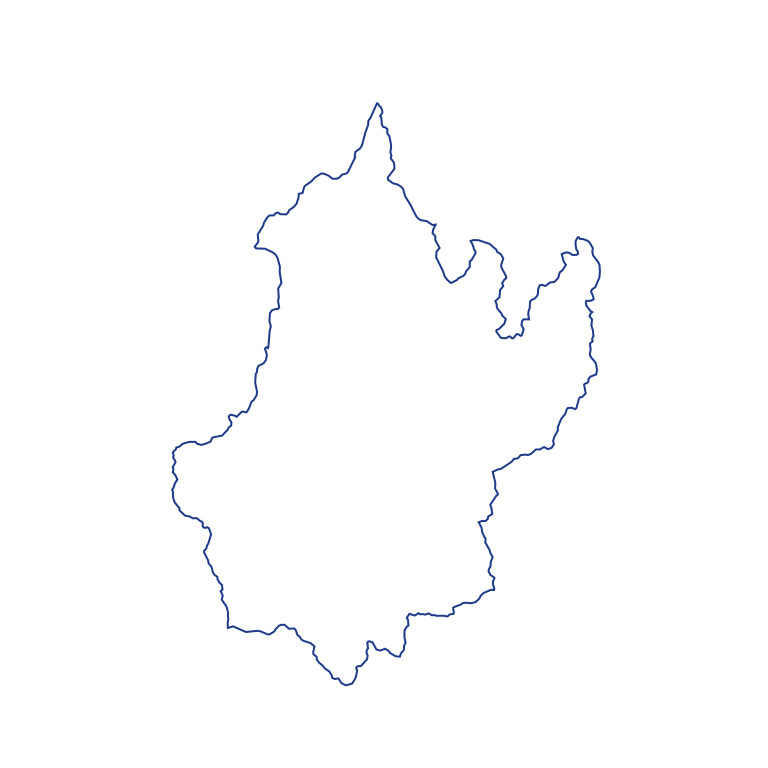 Ocros, Áncash, Peru (Robinson projection), rotated 154°
{"feature_id": "86281439B72862072024164", "entity_name": "Ocros", "entity_type": "district", "adm_level": 2, "iso_a3": "PER", "parent_name": "Peru", "parent_adm1": "Áncash", "projection": "robinson", "projection_center": [-77.418, -10.52], "detail": "fine", "context": "isolated", "style": "outline", "palette": "blue", "viewbox_px": 768, "rotation_deg": 154, "n_neighbors": 0, "source": "geoboundaries", "source_scale": "gbopen_adm2", "svg_char_len": 6154}
<svg xmlns="http://www.w3.org/2000/svg" viewBox="0 0 768 768"><g transform="rotate(154 384 384)"><path d="M440.0,564.1L439.5,561.9L431.7,557.8L426.5,551.4L424.8,548.0L424.4,544.0L426.1,535.2L428.7,530.3L431.9,519.8L437.3,516.1L440.6,508.0L442.8,505.1L444.7,498.7L446.6,497.9L448.3,498.9L452.3,499.4L455.5,497.6L459.4,490.7L460.4,485.5L463.5,481.8L471.9,467.6L472.6,467.1L473.5,468.6L475.5,468.0L476.5,461.4L479.8,457.2L483.1,455.4L488.9,455.3L491.2,453.3L493.4,450.0L494.8,449.4L499.2,441.7L501.3,433.4L503.1,430.0L508.3,426.6L510.9,426.1L516.3,421.1L519.6,419.0L520.4,418.9L523.0,421.2L524.5,421.3L530.8,419.1L532.1,421.1L535.4,423.7L537.8,422.9L538.4,419.5L537.9,416.6L539.6,413.6L542.6,413.0L544.7,411.4L552.2,408.6L560.7,410.9L562.4,410.7L565.2,408.2L571.3,408.6L574.9,409.4L578.3,412.3L578.8,414.6L584.3,417.3L591.2,418.5L595.7,417.4L598.5,418.0L599.6,416.6L603.7,415.2L604.5,411.7L605.8,410.4L605.3,406.8L605.7,405.1L610.4,401.8L610.5,399.8L612.5,397.2L611.5,393.6L611.6,388.7L615.7,386.2L618.1,383.5L620.7,381.8L621.1,379.3L623.4,374.2L624.0,369.2L622.3,362.0L623.2,360.0L620.5,352.9L616.7,350.0L614.6,347.0L611.2,345.6L609.1,341.2L608.0,340.1L607.8,338.4L609.3,335.9L609.1,334.1L607.1,332.8L605.5,332.7L604.6,330.9L605.3,324.6L611.8,317.7L614.0,316.3L615.7,314.1L618.8,312.9L619.5,311.7L619.4,302.6L620.3,299.5L619.2,295.4L620.3,289.8L620.1,287.2L618.3,283.6L619.2,281.6L619.0,277.8L617.7,274.4L619.3,270.0L621.6,269.4L621.7,264.5L624.4,261.3L623.1,253.0L624.4,246.4L625.5,245.1L627.0,240.9L629.1,238.0L631.3,233.2L625.8,232.3L616.8,221.6L606.1,217.7L603.6,216.0L598.3,210.0L596.6,209.1L590.9,209.7L589.1,211.1L584.2,212.8L581.8,212.6L578.8,211.0L576.8,205.8L571.9,203.6L571.2,202.0L571.8,196.3L570.6,193.9L570.1,190.2L568.7,188.2L563.6,183.3L561.5,178.7L565.3,173.8L565.9,172.0L564.1,168.4L565.2,165.7L564.5,162.0L562.8,158.4L561.9,154.4L559.2,149.7L558.7,145.1L559.4,142.5L557.5,140.4L554.1,139.4L553.3,133.7L550.7,130.3L549.5,129.7L544.0,128.7L540.2,131.0L537.5,133.2L533.6,138.4L533.7,140.5L532.7,141.7L531.1,141.8L528.5,140.6L519.9,144.0L517.7,147.2L517.6,150.1L516.0,152.4L514.2,153.4L512.4,158.9L511.1,159.4L510.0,159.2L507.6,156.8L507.2,148.7L504.3,146.1L499.1,145.6L497.1,142.6L496.3,139.2L492.7,134.0L489.3,132.0L486.8,134.5L482.7,136.3L480.8,139.8L478.1,141.9L476.6,147.5L473.7,153.3L470.2,155.8L468.0,156.1L465.8,161.5L466.1,163.8L462.0,166.3L457.8,162.4L453.4,162.9L452.7,161.3L450.0,160.2L448.2,158.7L444.5,158.3L442.2,155.0L440.4,154.5L438.4,152.6L432.4,149.8L428.7,147.2L425.9,148.1L422.3,146.9L421.3,148.1L420.1,152.4L418.7,152.8L412.1,152.1L409.0,152.5L405.8,151.3L402.0,148.8L397.5,147.9L392.9,149.1L389.7,151.4L385.9,152.5L377.8,152.1L375.4,150.6L374.6,151.7L373.7,156.7L372.6,158.8L369.8,161.0L369.7,161.7L372.0,165.5L372.2,169.7L371.0,171.5L368.5,173.2L365.8,177.5L362.2,180.8L362.5,184.9L361.9,188.6L362.4,197.2L360.4,200.6L360.9,202.7L360.7,207.7L359.3,212.1L359.5,218.2L356.4,218.0L352.6,216.3L349.7,217.4L348.5,219.2L343.7,219.7L341.9,225.1L341.4,228.9L332.3,234.2L330.2,234.7L329.7,235.5L330.0,241.3L327.3,246.3L324.8,257.4L319.3,257.3L315.7,256.5L303.2,258.2L299.9,259.8L297.6,258.7L295.4,258.8L292.5,260.2L287.8,258.5L285.5,256.9L282.1,256.8L276.4,258.6L272.3,256.8L268.6,257.2L267.5,256.9L265.2,253.5L261.4,253.2L257.8,255.2L256.8,259.0L253.4,262.3L248.0,266.1L246.9,268.8L240.3,274.8L234.0,277.8L230.7,281.3L229.2,281.8L225.5,280.2L223.4,277.7L221.7,277.9L215.4,285.1L213.8,286.1L211.6,285.5L206.8,287.1L204.5,295.6L203.6,296.1L200.6,295.9L198.9,297.0L198.1,298.8L195.3,300.1L189.2,299.6L186.5,303.0L184.7,308.7L184.8,312.1L186.1,316.5L186.3,319.3L185.7,321.1L183.4,323.9L181.1,330.1L177.7,330.9L177.3,333.2L174.6,335.4L172.6,341.2L172.0,345.6L168.7,350.8L169.6,354.8L167.7,356.6L165.3,357.3L166.4,359.0L167.8,365.7L166.8,369.0L165.7,370.1L162.0,368.2L158.4,368.2L157.6,371.3L157.3,376.7L155.4,377.8L151.7,378.4L143.8,385.2L140.7,390.3L138.2,396.2L138.0,399.4L139.7,407.8L138.8,411.6L136.7,414.6L137.2,421.0L138.1,423.4L141.3,426.8L144.4,428.7L144.7,430.7L145.7,430.8L149.0,428.6L150.6,425.6L152.2,420.5L151.7,418.4L152.6,415.7L154.7,415.8L158.2,417.5L160.1,420.7L162.5,422.4L167.3,422.9L168.8,415.5L168.3,411.3L173.7,408.0L177.1,407.3L180.8,403.1L186.0,401.0L190.4,402.5L195.8,401.3L198.5,403.8L200.8,404.5L203.9,401.6L206.4,397.2L207.7,396.2L210.6,394.8L214.8,394.8L216.6,394.1L219.8,388.3L222.1,386.2L224.0,383.0L225.3,378.5L230.1,380.9L231.9,380.4L234.6,376.9L234.5,371.9L239.0,367.2L240.2,367.5L241.1,369.4L242.8,370.7L247.7,368.4L249.2,369.3L249.6,371.0L250.6,371.9L254.4,371.7L258.7,374.2L260.1,382.0L259.0,383.2L256.7,383.0L249.5,385.4L246.1,388.9L247.7,393.7L247.5,396.2L249.0,401.8L248.7,404.6L247.8,405.9L247.6,409.7L242.1,411.4L238.6,417.5L233.9,419.7L233.6,422.8L230.1,425.0L227.7,425.6L227.0,427.7L227.4,436.8L226.6,439.6L221.7,444.6L222.2,449.6L224.3,453.0L224.2,455.6L227.7,463.7L235.9,471.7L240.3,474.1L243.4,474.6L243.3,469.7L244.1,465.4L243.6,463.2L244.8,461.1L251.4,456.8L253.1,456.6L255.7,451.5L261.1,449.1L263.2,447.0L265.7,446.4L270.9,446.4L272.8,445.5L279.5,445.4L281.5,449.9L282.3,454.2L281.5,459.8L281.6,475.0L278.8,479.9L274.4,481.9L274.8,490.7L273.1,494.3L274.2,498.2L272.5,500.9L267.8,504.6L270.8,505.7L274.1,511.6L278.9,515.0L280.6,517.3L281.5,520.8L281.7,533.6L282.7,543.5L281.3,551.2L282.6,554.7L284.4,557.4L287.8,560.3L290.8,565.7L290.0,568.0L280.3,572.8L278.0,578.4L279.0,584.0L277.3,585.9L276.6,589.8L274.1,593.1L272.7,596.3L270.5,604.3L271.2,607.6L269.3,611.8L270.5,614.3L272.0,615.2L272.3,618.0L269.5,624.9L270.1,626.5L266.5,628.6L265.7,630.8L265.5,634.1L266.4,636.1L266.4,638.4L267.3,639.3L279.7,629.0L282.6,627.5L284.7,623.8L290.2,618.5L299.5,607.8L302.8,606.0L307.8,605.3L309.8,602.7L310.7,601.0L310.4,600.5L323.8,590.1L325.6,589.7L330.0,590.6L333.6,589.1L336.9,589.3L340.3,591.1L342.5,595.6L345.8,599.4L348.2,600.7L355.8,599.8L360.7,597.9L368.2,596.7L369.7,595.7L373.4,591.4L377.3,592.3L379.3,588.7L383.7,584.3L387.3,582.7L393.0,581.8L395.3,580.0L397.6,579.3L402.9,582.2L403.7,584.1L404.8,584.8L406.9,585.0L409.1,583.8L412.8,585.6L415.0,585.3L420.8,581.9L423.4,579.1L432.0,573.7L434.1,567.8L435.3,566.4L440.0,564.1Z" fill="none" stroke="#1e3a8a" stroke-width="2"/></g></svg>